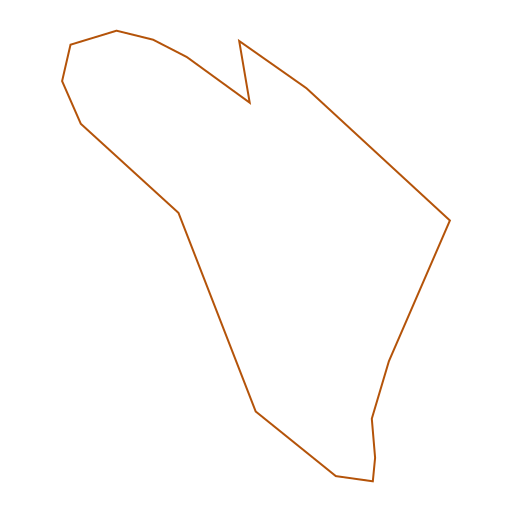 Neutral Zone, Mercator projection
{"feature_id": "ARE-347", "entity_name": "Neutral Zone", "entity_type": "Emirate", "adm_level": 1, "iso_a3": "ARE", "parent_name": "United Arab Emirates", "parent_adm1": "", "projection": "mercator", "projection_center": [56.031, 24.808], "detail": "fine", "context": "isolated", "style": "outline", "palette": "amber", "viewbox_px": 512, "rotation_deg": 0, "n_neighbors": 0, "source": "natural_earth", "source_scale": "10m", "svg_char_len": 345}
<svg xmlns="http://www.w3.org/2000/svg" viewBox="0 0 512 512"><path d="M249.7,102.7L239.2,41.0L306.4,88.2L449.9,220.5L388.9,361.2L371.8,418.7L375.1,457.8L372.9,480.5L372.8,481.3L335.8,476.1L255.7,411.5L178.5,212.9L80.8,123.8L62.1,81.1L70.5,44.7L116.5,30.7L153.1,39.7L186.9,57.1L249.7,102.7Z" fill="none" stroke="#b45309" stroke-width="2"/></svg>